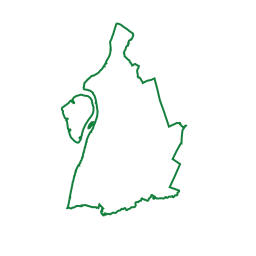 outline of Duran, Guayas, Ecuador, rotated 19°
{"feature_id": "8360857B97967949149299", "entity_name": "Duran", "entity_type": "district", "adm_level": 2, "iso_a3": "ECU", "parent_name": "Ecuador", "parent_adm1": "Guayas", "projection": "robinson", "projection_center": [-79.802, -2.217], "detail": "fine", "context": "isolated", "style": "outline", "palette": "green", "viewbox_px": 256, "rotation_deg": 19, "n_neighbors": 0, "source": "geoboundaries", "source_scale": "gbopen_adm2", "svg_char_len": 5757}
<svg xmlns="http://www.w3.org/2000/svg" viewBox="0 0 256 256"><g transform="rotate(19 128 128)"><path d="M160.2,200.3L160.5,199.2L160.4,198.4L159.5,196.9L159.5,196.1L159.9,195.4L161.8,194.7L162.5,193.4L163.9,192.5L164.0,191.9L163.7,190.5L164.1,190.0L164.4,190.0L165.5,190.4L166.6,190.2L167.5,190.4L168.7,190.3L169.4,190.5L170.2,190.4L170.5,190.2L170.8,189.7L170.7,188.1L172.1,185.6L172.0,184.1L172.0,183.8L172.6,183.5L173.1,183.8L175.4,184.2L175.2,184.8L174.5,185.3L174.5,185.6L174.9,186.4L175.3,186.6L175.6,186.5L176.1,185.3L176.7,184.8L177.6,185.3L178.3,185.3L182.3,183.6L184.8,183.0L185.3,182.5L185.8,181.2L186.2,181.0L187.6,181.4L188.2,180.9L189.1,179.6L190.9,179.0L192.0,178.0L192.5,178.1L192.9,178.7L193.4,178.7L193.8,178.2L194.4,176.4L195.7,175.9L196.4,175.4L196.4,174.9L195.9,173.2L196.9,171.5L196.9,171.1L196.6,170.5L186.7,170.4L187.6,161.1L187.7,160.8L189.0,145.2L180.3,142.8L181.5,133.4L182.5,128.1L182.4,128.1L183.0,125.3L183.6,125.2L182.0,119.9L180.3,112.7L180.4,111.7L180.9,110.2L181.0,109.0L181.7,107.8L182.0,106.9L181.8,106.9L180.5,108.9L179.7,109.3L179.2,109.0L178.0,108.6L176.7,107.7L176.0,107.6L175.9,107.5L175.9,106.6L175.5,106.3L175.2,106.3L174.8,106.9L172.7,107.2L166.3,113.4L156.9,101.1L149.2,91.5L143.3,82.1L136.9,72.5L134.2,75.0L130.6,77.2L127.4,80.6L126.8,79.7L125.5,78.9L124.0,77.5L122.4,76.5L121.6,76.9L120.9,76.7L120.5,76.4L120.2,75.1L119.5,73.7L118.5,72.1L117.9,70.6L117.9,69.7L118.3,67.2L118.1,65.8L116.1,65.7L114.0,65.1L113.0,65.8L112.6,66.7L111.6,67.6L109.5,65.5L108.9,65.4L108.2,65.0L107.8,64.2L107.5,63.9L106.8,63.5L105.8,63.3L102.7,61.8L101.5,61.4L100.4,59.2L99.6,58.4L99.6,58.0L99.7,55.9L100.0,54.9L99.9,52.0L100.4,50.4L100.6,50.2L101.1,50.1L101.1,49.1L100.7,48.3L101.1,48.1L101.2,47.7L100.5,46.7L100.5,45.2L101.0,44.7L101.1,44.3L101.8,44.0L101.9,43.3L102.5,42.9L102.5,42.1L102.7,41.5L102.8,39.0L102.7,38.5L102.3,37.6L101.7,37.4L101.5,36.9L97.9,36.0L95.2,34.9L92.2,34.2L87.6,32.7L86.6,32.6L84.9,32.6L83.4,32.9L83.2,33.2L83.1,33.7L83.3,41.8L83.5,44.3L83.3,46.6L83.4,49.1L83.0,52.5L85.7,58.2L85.7,58.9L86.1,59.4L85.9,59.5L86.3,60.6L86.9,63.8L86.8,67.0L85.9,71.2L85.9,73.2L85.6,74.3L85.6,74.6L85.9,74.6L85.6,74.9L85.4,76.0L85.6,76.8L85.2,76.6L84.9,77.4L84.9,78.2L84.2,80.6L83.5,82.1L82.8,83.2L82.5,84.4L82.1,85.4L78.8,89.3L78.1,89.7L77.9,90.1L77.4,90.1L76.3,91.1L76.0,92.2L75.2,93.3L74.7,94.5L74.1,95.1L74.0,95.9L73.5,96.4L73.3,97.4L72.4,98.9L72.2,99.6L72.4,99.8L72.3,100.7L72.7,102.7L73.1,103.4L72.8,104.3L73.2,104.8L73.6,105.6L74.6,105.7L76.6,105.2L77.8,105.1L78.1,105.3L78.6,105.3L79.1,105.1L79.7,105.0L81.3,105.4L83.5,106.2L83.6,106.6L83.9,107.0L85.9,108.5L88.4,111.9L89.1,113.3L89.3,114.3L90.1,113.6L89.6,114.4L90.8,116.3L91.6,117.8L91.7,118.0L92.2,119.1L93.8,122.1L94.9,126.3L95.2,129.5L95.0,129.9L95.1,130.5L95.1,132.6L95.0,136.1L94.7,137.2L94.9,138.0L95.0,139.4L94.3,143.1L94.5,143.7L94.2,143.8L94.0,143.6L93.9,143.8L93.9,144.0L94.1,144.1L93.8,144.5L93.4,146.0L93.0,149.5L92.9,152.1L93.0,154.0L93.4,154.3L93.4,154.5L93.1,154.5L93.2,155.9L93.2,156.6L93.5,157.0L93.4,159.3L93.6,159.7L93.8,159.9L93.8,160.2L93.6,160.3L93.5,161.1L93.9,162.9L93.9,163.7L93.8,164.4L94.2,165.2L93.9,166.6L94.3,168.1L94.3,169.9L94.7,170.2L94.7,170.5L94.4,170.5L94.3,170.8L94.5,173.7L94.1,174.5L94.2,175.5L94.0,175.9L94.2,176.9L94.0,177.0L93.7,178.6L93.4,179.1L93.9,179.5L93.1,179.8L92.7,183.0L92.8,183.7L92.5,184.3L92.5,185.0L93.0,186.1L92.8,186.3L92.6,186.1L92.5,186.4L92.7,187.1L93.1,190.3L92.7,191.0L93.1,191.7L93.0,191.9L93.5,196.3L93.3,196.9L93.4,197.5L93.8,199.5L95.4,212.0L95.6,212.9L95.9,213.0L96.0,212.7L96.1,213.0L96.0,213.3L95.8,213.5L95.8,214.4L96.2,216.1L96.8,221.2L96.7,223.4L98.3,222.6L100.1,222.6L100.7,222.5L101.6,221.2L102.7,220.8L103.5,220.1L104.6,218.5L105.6,218.2L106.6,217.7L108.4,217.5L109.0,216.7L109.2,217.1L109.7,217.1L110.0,216.8L110.4,215.9L112.7,214.7L114.0,214.8L114.3,214.6L115.9,214.8L116.4,214.5L116.8,214.5L119.1,214.6L119.6,214.4L120.5,214.5L122.2,213.6L123.5,213.5L124.2,213.7L124.4,213.3L124.6,213.4L125.7,213.2L126.1,213.3L126.1,212.1L125.8,210.5L125.8,209.5L130.7,212.2L130.6,212.3L129.9,212.1L129.8,212.4L130.3,212.7L130.4,213.2L129.9,213.9L129.9,214.4L130.6,214.7L130.8,215.1L130.5,215.4L129.8,215.7L129.8,216.0L130.6,216.6L130.8,217.5L131.3,217.6L132.0,217.9L132.7,218.5L133.0,218.3L133.6,218.5L133.8,218.1L133.3,217.6L133.3,217.2L133.8,216.3L134.6,216.1L134.7,217.1L135.2,217.2L135.9,216.5L137.9,215.4L138.7,215.5L139.4,215.3L141.1,213.1L141.8,212.8L143.2,212.7L144.0,212.2L145.6,209.5L147.3,208.6L148.3,206.5L149.2,206.6L149.6,206.5L150.6,205.1L151.3,204.7L151.7,204.9L152.3,205.6L152.7,205.9L153.2,206.1L153.7,205.9L154.0,205.4L155.3,204.1L156.1,203.6L156.7,202.3L157.2,201.7L159.2,201.1L160.2,200.3ZM81.5,111.4L79.8,111.0L78.8,111.0L76.6,111.6L75.0,111.6L72.6,111.8L70.1,113.7L69.4,114.0L68.3,115.0L67.1,116.5L66.6,117.7L66.4,118.7L66.8,119.9L68.8,121.5L68.9,121.9L68.6,122.2L68.2,122.1L66.6,121.5L65.2,120.5L64.9,120.8L64.3,121.9L64.0,123.1L63.7,123.8L59.2,130.2L59.1,131.0L59.2,131.5L60.0,132.6L61.0,133.1L61.2,133.5L61.3,134.4L61.6,135.0L63.4,137.2L65.3,139.2L66.2,139.4L67.8,138.8L68.0,138.9L68.0,139.3L67.1,140.8L67.4,141.0L68.5,142.2L71.3,147.9L71.9,148.6L72.3,148.8L73.6,148.2L74.1,148.4L74.2,149.2L74.0,149.4L73.0,149.9L73.0,150.4L73.6,150.8L74.5,152.4L77.0,155.4L81.7,157.8L84.4,158.4L85.3,158.2L86.0,157.8L86.3,157.1L87.0,154.3L87.0,152.9L86.6,152.9L86.2,153.4L85.8,153.5L85.4,153.3L85.3,153.0L85.3,152.8L85.8,152.3L86.8,150.5L86.4,148.3L86.2,145.5L86.2,142.9L86.4,142.3L86.6,139.0L88.1,132.7L89.4,128.9L89.8,127.2L90.0,125.2L89.7,122.7L88.9,120.6L88.8,119.7L87.6,118.3L85.9,115.9L85.3,114.4L84.9,113.8L82.9,112.1L81.5,111.4ZM91.1,141.0L91.9,140.1L93.0,136.1L93.0,133.9L91.7,134.5L90.5,137.6L90.4,140.2L90.7,141.1L91.1,141.0Z" fill="none" stroke="#15803d" stroke-width="2"/></g></svg>